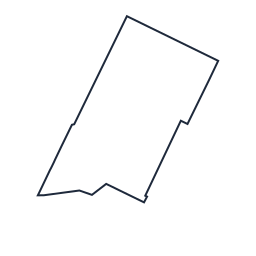 outline of Archuleta, Colorado, United States of America, rotated 116°
{"feature_id": "52423323B32025627866130", "entity_name": "Archuleta", "entity_type": "district", "adm_level": 2, "iso_a3": "USA", "parent_name": "United States of America", "parent_adm1": "Colorado", "projection": "robinson", "projection_center": [-106.855, 37.208], "detail": "fine", "context": "isolated", "style": "outline", "palette": "slate", "viewbox_px": 256, "rotation_deg": 116, "n_neighbors": 0, "source": "geoboundaries", "source_scale": "gbopen_adm2", "svg_char_len": 439}
<svg xmlns="http://www.w3.org/2000/svg" viewBox="0 0 256 256"><g transform="rotate(116 128 128)"><path d="M28.1,76.4L28.0,178.0L40.1,178.0L126.7,178.0L148.2,178.0L149.7,179.8L173.5,179.8L188.4,179.7L191.2,179.6L197.7,179.6L200.0,179.7L223.2,179.5L228.0,179.5L225.5,174.4L205.5,144.3L203.9,131.1L187.8,123.1L187.8,81.0L181.3,80.8L181.3,82.8L98.3,83.7L98.3,76.3L49.3,76.2L28.1,76.4Z" fill="none" stroke="#1e293b" stroke-width="2"/></g></svg>